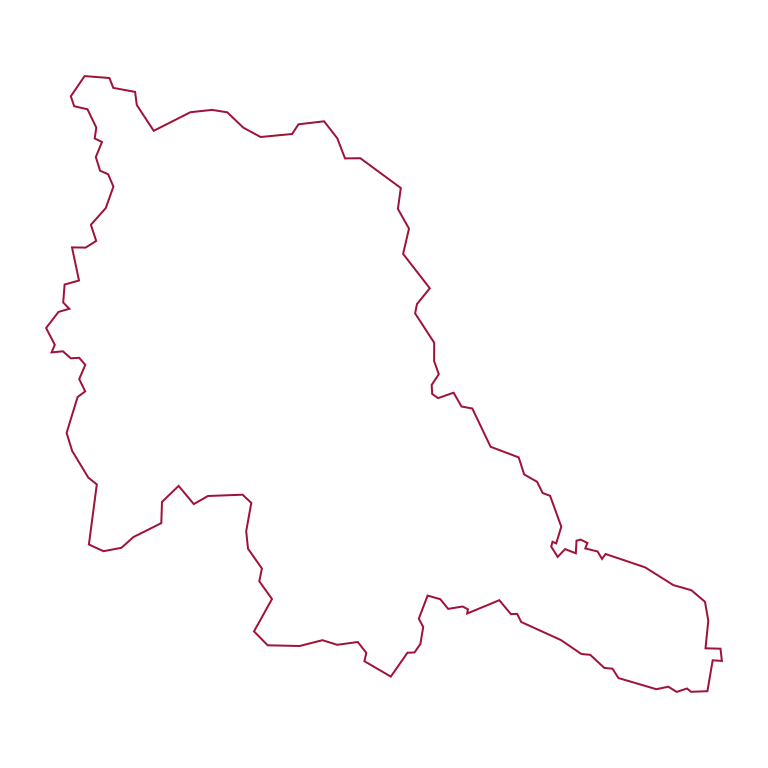 outline of Lejanías, Meta, Colombia
{"feature_id": "7082276B92663278655025", "entity_name": "Lejanías", "entity_type": "district", "adm_level": 2, "iso_a3": "COL", "parent_name": "Colombia", "parent_adm1": "Meta", "projection": "orthographic", "projection_center": [-74.051, 3.626], "detail": "medium", "context": "isolated", "style": "outline", "palette": "rose", "viewbox_px": 768, "rotation_deg": 0, "n_neighbors": 0, "source": "geoboundaries", "source_scale": "gbopen_adm2", "svg_char_len": 1878}
<svg xmlns="http://www.w3.org/2000/svg" viewBox="0 0 768 768"><path d="M74.2,106.2L87.5,109.3L96.3,127.6L94.7,138.5L102.0,142.0L95.8,157.1L100.1,170.7L108.1,174.2L113.4,186.6L105.8,208.0L90.9,224.8L96.2,240.9L85.6,247.6L72.0,247.4L79.0,280.5L64.6,284.5L63.2,302.5L69.3,308.8L58.5,311.9L46.1,328.0L54.8,344.8L51.6,352.4L62.9,351.3L70.8,358.3L79.2,357.8L85.3,364.9L79.2,379.1L85.2,391.4L77.6,397.0L66.6,432.9L72.2,451.0L88.3,477.6L96.8,484.4L88.9,544.5L103.5,551.2L121.4,547.8L133.5,537.0L161.3,523.1L162.0,501.9L178.6,485.9L193.8,504.1L207.9,496.0L242.6,494.7L251.3,502.9L246.2,531.2L248.0,548.7L261.9,568.5L259.3,581.3L272.0,599.0L254.0,631.4L267.7,645.3L299.6,646.0L322.4,640.2L337.3,644.8L357.8,642.0L366.3,652.9L364.4,661.2L390.8,676.6L407.5,652.7L414.5,652.5L420.4,643.9L423.2,627.0L418.8,618.7L427.6,595.6L440.3,599.2L448.2,608.9L462.6,606.5L467.9,609.3L467.2,613.5L499.3,600.2L510.9,614.1L517.2,613.9L521.2,622.0L561.0,640.1L581.4,654.0L590.2,654.8L604.3,667.9L612.5,668.7L618.5,678.1L656.4,689.2L668.3,686.7L676.7,691.9L687.0,688.5L691.1,691.8L707.4,691.2L712.7,660.3L721.9,660.9L720.5,648.7L705.5,648.3L708.3,620.7L705.0,601.8L691.3,590.2L673.3,585.1L645.2,567.4L605.6,554.0L602.0,558.9L597.6,551.5L585.3,548.4L587.4,542.9L580.6,539.6L576.5,540.7L575.8,553.3L565.1,549.1L557.7,556.9L551.2,546.6L552.5,541.8L556.2,543.4L561.3,526.7L550.1,495.8L542.6,493.0L537.1,481.8L524.2,474.5L518.7,457.4L490.6,446.8L472.3,408.5L461.5,406.5L453.6,392.7L438.1,398.1L432.2,394.0L431.7,384.9L438.8,374.2L434.1,361.1L434.2,342.7L415.1,313.4L417.0,304.0L429.8,288.3L403.1,253.9L409.0,228.6L397.9,208.9L400.8,188.0L360.3,158.2L345.0,158.4L337.3,138.3L324.1,121.3L298.5,124.3L292.1,134.0L260.6,137.0L243.4,127.7L227.2,112.3L212.1,109.9L190.4,112.2L153.7,130.8L136.8,105.0L135.1,91.9L113.3,87.9L109.4,78.0L84.6,76.1L70.8,96.3L74.2,106.2Z" fill="none" stroke="#9f1239" stroke-width="2"/></svg>